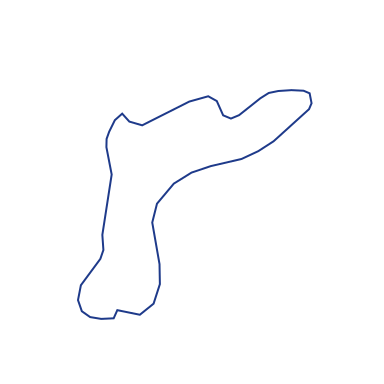 outline of Bonaire, rotated 250°
{"feature_id": "NLD-5149", "entity_name": "Bonaire", "entity_type": "Special Municipality", "adm_level": 1, "iso_a3": "NLD", "parent_name": "Netherlands", "parent_adm1": "", "projection": "natural_earth1", "projection_center": [-68.284, 12.166], "detail": "fine", "context": "isolated", "style": "outline", "palette": "blue", "viewbox_px": 384, "rotation_deg": 250, "n_neighbors": 0, "source": "natural_earth", "source_scale": "10m", "svg_char_len": 695}
<svg xmlns="http://www.w3.org/2000/svg" viewBox="0 0 384 384"><g transform="rotate(250 192 192)"><path d="M271.1,129.9L277.0,134.8L285.9,144.1L289.5,153.2L279.6,157.2L271.7,168.0L277.9,220.4L276.4,240.0L269.0,246.4L253.4,247.5L247.7,253.7L248.1,262.5L256.7,288.3L258.8,298.0L257.4,307.6L253.7,320.3L249.0,331.5L244.5,336.3L234.5,334.7L229.8,330.3L211.8,286.1L207.7,268.2L206.1,249.9L209.9,218.6L210.4,198.2L206.1,177.8L193.0,155.1L176.9,144.2L135.3,136.8L116.4,130.3L100.2,117.7L94.5,101.0L106.5,81.4L100.1,75.2L103.8,63.3L109.3,53.5L117.6,47.7L129.4,47.9L142.4,55.7L160.5,83.0L167.8,88.9L182.4,93.1L235.9,122.5L263.4,126.9L271.1,129.9Z" fill="none" stroke="#1e3a8a" stroke-width="2"/></g></svg>